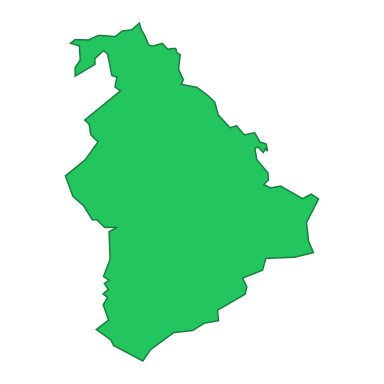 Saraj, Saraj, North Macedonia (Albers equal-area conic projection)
{"feature_id": "65306769B68285102273894", "entity_name": "Saraj", "entity_type": "district", "adm_level": 2, "iso_a3": "MKD", "parent_name": "North Macedonia", "parent_adm1": "Saraj", "projection": "albers", "projection_center": [21.239, 42.003], "detail": "fine", "context": "isolated", "style": "filled", "palette": "green", "viewbox_px": 384, "rotation_deg": 0, "n_neighbors": 0, "source": "geoboundaries", "source_scale": "gbopen_adm2", "svg_char_len": 1297}
<svg xmlns="http://www.w3.org/2000/svg" viewBox="0 0 384 384"><path d="M142.8,361.0L150.6,349.5L173.8,332.6L192.7,330.5L204.2,323.2L218.5,320.7L217.5,310.2L245.1,294.2L246.8,286.9L242.6,278.1L262.5,270.2L265.8,258.4L294.7,257.2L313.4,252.6L308.6,241.4L306.5,222.6L318.6,198.9L311.2,194.1L302.5,198.7L280.7,186.1L270.7,187.9L263.8,184.5L268.4,179.9L267.9,172.8L256.7,159.5L254.9,148.1L258.0,147.0L263.3,152.5L265.5,148.6L267.5,151.2L266.1,143.9L260.0,142.1L254.7,132.7L244.3,134.9L236.5,125.8L230.1,127.8L218.3,115.0L214.8,102.3L208.0,95.7L197.0,87.4L181.0,84.3L183.4,79.8L178.6,69.5L180.1,54.5L176.8,52.8L176.1,49.3L175.0,48.4L170.1,48.7L168.8,49.6L166.8,48.3L162.4,43.4L156.9,44.8L153.4,46.2L148.7,45.0L144.8,35.7L141.2,29.5L139.4,23.0L131.7,29.9L122.1,31.0L115.3,36.6L98.8,35.3L88.4,40.0L75.1,39.6L70.5,43.2L79.4,45.8L80.2,60.2L75.1,67.5L75.2,76.1L95.0,64.3L94.9,58.6L103.6,50.6L107.6,54.0L111.9,75.6L116.9,77.1L115.0,87.0L120.5,90.8L84.7,120.1L89.1,124.1L90.8,134.8L98.0,142.0L85.2,159.8L65.4,175.9L73.0,196.5L83.6,205.7L92.3,219.8L96.6,219.7L104.9,227.5L117.2,227.2L109.1,231.7L110.1,259.3L103.5,276.5L109.3,280.3L104.3,283.4L108.3,289.5L102.9,294.0L107.6,297.3L103.2,304.8L108.6,320.1L96.3,329.5L110.8,339.9L113.6,345.5L142.8,361.0Z" fill="#22c55e" stroke="#15803d" stroke-width="1.5"/></svg>